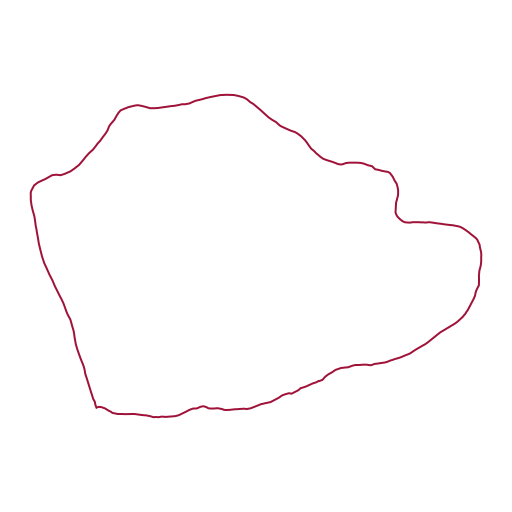 Akurdet, Gash Barka, Eritrea (Mercator projection)
{"feature_id": "51966322B85187004782812", "entity_name": "Akurdet", "entity_type": "district", "adm_level": 2, "iso_a3": "ERI", "parent_name": "Eritrea", "parent_adm1": "Gash Barka", "projection": "mercator", "projection_center": [37.945, 15.559], "detail": "fine", "context": "isolated", "style": "outline", "palette": "rose", "viewbox_px": 512, "rotation_deg": 0, "n_neighbors": 0, "source": "geoboundaries", "source_scale": "gbopen_adm2", "svg_char_len": 4870}
<svg xmlns="http://www.w3.org/2000/svg" viewBox="0 0 512 512"><path d="M307.1,142.9L305.2,140.4L301.1,136.2L300.3,135.6L297.0,133.2L294.8,132.0L290.6,130.6L285.9,128.5L281.3,126.4L280.6,126.0L279.7,125.4L275.9,122.0L272.9,120.3L268.9,117.6L265.4,114.5L261.9,111.3L260.4,109.9L257.4,107.4L253.4,104.0L250.2,102.1L247.1,99.4L243.8,97.5L238.2,95.9L233.7,95.0L226.4,94.8L220.1,95.1L216.7,95.8L210.1,97.1L205.8,98.1L201.5,99.4L195.4,100.8L189.2,103.5L184.6,104.3L182.2,104.2L178.8,105.0L174.5,105.8L171.0,106.1L167.9,106.6L162.7,107.3L157.9,108.0L154.2,108.2L150.0,108.2L146.0,107.0L142.1,106.0L139.1,105.4L137.5,105.2L134.7,105.6L128.5,107.1L124.0,108.9L120.6,110.4L118.5,112.8L116.5,115.9L114.3,119.9L110.7,124.0L109.1,126.3L107.5,130.5L105.3,133.9L102.8,137.1L100.1,140.9L97.8,143.3L95.7,146.2L92.8,149.8L89.0,153.2L85.6,157.0L83.4,159.8L79.1,164.9L74.9,168.2L70.4,171.4L64.8,173.8L60.7,175.2L56.2,174.7L52.1,175.2L45.2,179.1L42.5,180.3L38.0,182.4L34.1,185.4L31.2,190.9L30.7,193.0L30.8,196.1L30.8,200.1L31.6,205.7L32.8,210.8L34.4,216.4L35.2,221.8L35.7,225.7L36.2,228.0L37.1,233.4L38.0,238.2L38.8,243.4L40.3,249.6L42.0,256.3L44.2,263.0L47.2,269.5L49.5,274.7L52.5,280.5L54.8,286.0L57.3,291.0L60.5,297.4L61.0,298.2L63.3,303.0L64.9,307.3L66.3,311.3L67.6,314.4L70.3,319.4L71.1,322.1L72.3,326.5L73.3,329.7L74.0,332.9L74.5,336.8L75.7,343.7L77.1,348.7L79.6,355.9L80.0,356.9L81.0,359.6L82.1,362.3L83.4,365.5L84.5,369.2L85.3,373.9L87.1,379.4L89.3,386.5L90.7,391.0L91.1,392.4L91.8,394.3L92.5,396.7L93.3,399.1L94.8,401.7L95.4,404.9L96.5,407.7L97.2,407.3L98.8,406.9L100.7,407.0L101.6,407.2L103.0,407.7L104.8,408.3L105.6,408.8L106.5,409.3L108.5,410.6L109.9,411.3L110.7,411.6L112.4,412.9L113.9,413.2L115.8,413.6L117.8,414.0L119.6,414.0L122.3,414.0L124.5,414.1L127.0,414.1L132.4,414.0L133.4,414.0L135.4,414.1L139.5,414.7L142.5,415.1L146.3,415.4L150.3,416.2L153.5,417.2L155.8,417.0L158.6,417.2L161.8,416.6L164.2,416.8L166.5,416.9L170.3,416.5L171.2,416.5L175.5,416.1L179.0,415.1L183.3,413.0L186.0,411.7L189.4,409.9L192.8,408.6L196.9,408.4L200.5,406.8L202.2,406.4L203.9,406.3L206.8,407.3L207.6,407.9L208.6,408.3L210.3,408.5L213.8,408.5L217.6,408.2L222.3,409.1L223.9,409.8L225.8,410.0L229.3,409.9L234.5,409.3L238.3,409.1L239.4,409.0L242.5,408.8L244.2,408.7L245.2,408.8L246.3,409.1L247.9,408.8L250.3,408.4L253.7,407.1L256.7,405.9L258.3,405.3L261.4,404.0L262.4,403.9L265.2,403.2L270.5,402.1L274.7,399.9L276.8,398.8L278.7,397.8L282.1,395.4L285.7,394.1L289.1,393.2L291.5,393.7L292.9,393.0L298.4,390.2L300.7,388.1L301.7,387.9L306.0,386.5L309.7,384.8L312.8,383.4L316.8,382.1L318.4,381.0L319.2,381.1L320.4,380.6L322.2,380.0L323.0,379.3L324.6,377.4L325.6,376.4L328.4,374.3L331.7,372.5L335.5,369.9L341.3,367.9L343.0,367.8L345.2,367.5L348.0,367.3L352.2,365.8L355.1,365.0L359.0,365.0L363.0,364.7L366.6,364.7L369.2,365.1L371.1,365.2L375.0,363.8L375.9,363.8L377.2,363.6L378.3,363.5L379.7,363.2L380.7,363.1L382.7,362.8L384.8,362.5L387.1,361.9L390.1,360.6L392.8,359.8L394.4,359.2L396.5,358.6L398.6,358.0L400.7,357.3L403.1,356.3L405.6,355.2L408.3,354.2L410.3,353.3L413.6,351.0L416.8,349.0L420.6,346.8L421.9,346.0L423.4,345.2L424.9,344.4L427.1,342.9L437.3,334.7L438.6,333.7L440.2,332.4L454.7,323.7L457.2,321.9L458.8,320.5L462.7,316.9L464.3,314.9L465.5,313.6L466.2,312.2L467.6,310.4L469.6,306.6L473.8,298.6L474.2,297.5L474.7,296.6L475.1,295.4L475.3,294.3L475.5,293.1L475.9,291.7L476.3,290.5L476.8,289.5L477.1,288.8L477.5,288.0L478.0,286.9L478.5,286.1L478.9,285.2L479.0,281.6L479.0,280.1L479.0,279.1L479.0,277.8L478.9,275.2L479.0,274.4L479.2,273.3L479.2,272.5L479.3,271.3L479.7,269.5L480.3,267.4L480.8,265.1L481.2,261.5L481.2,260.4L481.2,258.8L481.2,256.6L481.3,255.2L481.2,253.5L481.1,252.2L479.9,247.1L479.6,244.8L477.2,239.6L476.2,238.5L475.3,237.6L473.9,236.5L472.4,235.3L470.8,234.1L469.0,232.5L465.1,229.7L462.1,227.8L460.2,226.9L458.6,226.4L452.5,225.2L450.7,225.1L444.1,224.3L441.8,223.9L436.7,223.3L435.8,223.1L434.8,223.0L433.8,222.8L429.4,222.2L427.9,222.3L426.3,222.5L425.6,222.5L424.6,222.5L423.5,222.4L422.6,222.3L421.9,222.3L420.8,222.4L419.5,222.2L415.5,222.2L414.3,222.2L412.6,222.2L411.0,222.5L409.8,222.6L408.7,222.6L407.5,222.5L406.1,222.4L404.7,222.2L404.0,221.9L403.2,221.5L402.5,221.1L401.6,220.5L400.8,219.8L400.1,219.3L398.2,217.4L397.5,216.7L396.6,215.2L395.9,213.5L395.5,212.2L395.8,207.9L395.9,205.4L396.1,202.6L397.6,197.0L398.0,195.4L398.1,193.7L398.1,192.2L398.1,190.3L397.9,188.7L397.6,187.3L396.6,183.6L394.9,181.0L394.1,179.6L392.9,177.0L391.6,175.2L389.9,173.0L388.3,172.1L387.4,171.8L385.9,171.6L381.8,170.8L380.6,170.5L379.1,170.0L375.0,169.2L374.2,168.3L372.0,166.2L368.2,165.3L363.5,163.5L360.4,162.9L357.2,162.7L352.6,162.7L348.9,162.7L345.8,163.1L342.8,164.2L341.1,164.5L338.0,164.1L335.7,163.1L332.2,161.8L327.0,160.2L323.4,158.9L320.1,156.6L318.0,154.7L316.1,153.2L314.2,151.1L311.2,148.7L308.6,145.1L307.1,142.9Z" fill="none" stroke="#9f1239" stroke-width="2"/></svg>